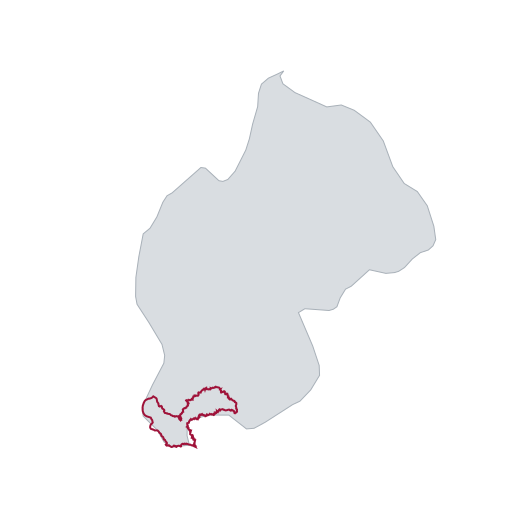 location of Rusizi, Western, Rwanda, rotated 332°
{"feature_id": "39286606B89224673348511", "entity_name": "Rusizi", "entity_type": "district", "adm_level": 2, "iso_a3": "RWA", "parent_name": "Rwanda", "parent_adm1": "Western", "projection": "orthographic", "projection_center": [29.077, -2.558], "detail": "fine", "context": "in_parent", "style": "outline", "palette": "rose", "viewbox_px": 512, "rotation_deg": 332, "n_neighbors": 0, "source": "geoboundaries", "source_scale": "gbopen_adm2", "svg_char_len": 7105}
<svg xmlns="http://www.w3.org/2000/svg" viewBox="0 0 512 512"><g transform="rotate(332 256 256)"><path d="M205.8,161.0L211.5,160.9L248.9,152.0L252.6,154.7L258.6,172.1L261.8,174.6L267.0,175.2L277.4,171.3L296.7,157.7L305.1,149.5L315.0,137.9L327.6,124.9L334.6,113.5L341.5,106.8L350.5,104.8L360.5,105.4L367.4,105.6L361.7,108.3L360.6,116.6L367.1,130.0L388.5,157.6L402.2,162.7L411.1,173.4L419.8,191.5L422.4,214.2L418.7,241.4L420.9,261.6L428.7,274.9L430.8,292.1L427.0,313.2L422.4,325.9L417.1,330.1L411.0,331.6L402.7,330.2L392.7,332.0L381.7,335.9L374.8,336.5L370.6,335.7L362.5,332.3L349.7,321.4L325.9,327.4L319.5,327.3L310.7,332.5L303.6,338.8L299.3,339.3L294.9,338.4L274.4,325.5L266.9,325.9L263.8,362.2L260.4,382.3L256.1,391.2L241.5,399.9L226.7,404.8L218.6,404.4L186.1,407.1L173.4,407.2L166.4,404.2L157.3,383.7L140.1,374.5L123.5,370.3L116.8,371.4L110.8,382.2L108.4,391.8L92.3,385.2L87.5,377.1L87.1,363.3L81.2,344.4L84.5,336.4L90.8,331.2L104.1,321.2L124.3,307.4L128.7,300.9L131.5,289.9L130.2,264.4L128.3,242.8L130.7,235.2L139.9,218.5L152.3,201.5L166.8,183.5L175.5,181.7L186.9,174.9L199.0,164.8L205.8,161.0Z" fill="#d9dde1" stroke="#a8b0b8" stroke-width="1"/><path d="M165.7,366.8L165.4,366.3L165.5,366.0L165.9,365.0L165.5,364.7L165.9,364.0L165.6,363.7L164.3,363.8L164.0,363.6L164.0,363.4L164.4,363.0L164.2,362.1L164.8,361.2L164.6,360.6L163.8,360.3L163.4,360.5L162.8,360.5L162.3,360.0L161.4,360.3L161.1,360.2L161.1,359.8L161.7,358.7L162.0,358.2L161.8,356.9L162.0,356.8L161.5,356.7L161.8,356.1L161.7,355.0L161.1,354.4L160.8,354.3L160.4,353.8L159.7,353.4L159.3,353.1L159.1,352.5L158.0,352.5L157.8,352.8L156.5,352.5L155.9,351.9L154.9,352.0L154.3,351.8L154.0,351.4L153.8,351.9L153.1,352.3L152.7,351.9L152.4,351.9L152.1,351.5L151.8,351.6L151.2,351.4L149.9,350.0L150.0,349.7L149.6,349.9L149.5,349.4L149.0,349.7L148.8,349.4L148.3,349.9L148.4,349.4L148.0,349.2L147.8,349.3L147.6,348.9L147.3,349.1L147.0,349.0L146.8,349.3L145.6,349.2L144.7,349.5L143.8,349.9L143.1,350.6L142.8,350.4L142.5,350.4L141.6,349.8L141.4,349.5L141.1,349.5L140.6,350.0L140.2,351.6L139.1,352.1L138.8,351.8L138.2,351.7L137.4,350.9L136.8,350.6L136.6,350.9L136.1,350.3L135.9,350.5L135.8,350.3L135.8,350.7L135.6,350.8L134.7,350.6L134.3,351.3L133.6,351.7L133.3,352.2L132.4,351.9L132.1,352.3L132.2,352.9L130.8,352.3L130.4,352.5L129.8,352.3L129.5,351.8L128.8,351.2L128.0,351.6L127.3,351.2L126.7,350.5L126.5,349.9L126.4,350.7L126.8,351.7L126.8,352.5L127.3,353.0L127.4,353.6L127.0,353.9L127.1,354.6L126.2,354.6L125.8,356.0L125.3,356.3L124.1,356.3L123.3,357.2L122.4,357.0L122.0,357.1L121.8,356.8L121.0,356.7L120.3,357.0L119.9,356.9L119.6,357.1L119.8,357.3L119.3,357.6L119.1,358.1L118.8,358.5L118.6,359.3L118.2,359.2L117.8,359.5L117.5,359.5L117.2,359.8L116.9,359.7L116.4,360.2L116.0,360.4L115.2,360.2L114.7,360.8L114.3,360.8L114.0,361.3L113.7,361.3L113.7,361.5L113.4,361.5L113.9,362.4L113.5,363.1L113.5,363.5L113.8,363.9L113.7,364.5L113.4,364.6L113.3,364.9L112.8,365.0L112.8,365.3L112.6,365.2L112.6,365.5L112.4,365.6L112.4,365.3L111.9,364.9L111.7,364.0L112.0,363.4L111.8,362.9L112.1,361.7L112.1,361.2L111.8,361.0L111.9,360.9L111.2,360.7L110.5,360.0L108.9,359.8L108.7,359.5L108.8,359.1L107.4,358.3L107.1,357.5L106.7,357.2L106.1,356.5L106.0,356.1L106.0,355.7L105.5,354.9L104.1,354.0L103.8,353.3L103.3,353.2L102.7,352.3L102.0,352.0L101.8,351.7L101.8,349.8L102.5,349.4L102.7,348.8L102.5,348.1L101.6,346.6L102.2,344.6L101.8,343.8L100.4,343.8L99.8,343.0L100.1,342.4L100.0,341.7L100.6,340.4L100.3,338.3L101.2,335.5L101.2,335.0L101.0,334.4L99.4,331.7L98.3,332.1L97.1,332.3L95.0,332.0L94.6,331.6L93.8,331.5L90.9,331.4L89.8,331.7L88.0,332.9L85.7,335.1L84.4,337.1L84.2,337.9L83.9,338.1L83.2,339.7L82.8,342.3L83.1,344.3L84.1,346.1L87.2,349.3L87.1,351.0L87.3,352.1L86.6,354.6L85.1,355.2L84.1,355.3L82.7,356.6L82.0,357.8L82.0,358.9L82.2,359.6L83.3,360.4L83.5,360.9L84.0,361.2L84.7,362.5L86.9,363.6L87.3,364.1L87.7,365.5L87.7,366.6L88.5,368.3L88.4,369.4L88.1,370.0L88.2,370.9L88.6,371.4L89.0,372.4L88.8,373.4L88.6,373.8L88.8,374.1L88.6,374.8L88.7,375.1L89.0,375.2L89.3,375.7L89.2,377.5L89.5,378.1L89.6,378.9L89.5,379.4L89.2,379.7L87.8,380.1L87.8,380.6L88.1,381.5L88.5,381.7L89.2,381.8L89.5,382.2L89.8,382.1L90.3,382.3L90.4,382.9L91.6,384.9L92.6,385.2L94.0,385.1L94.4,385.4L94.6,385.0L95.0,385.2L95.6,385.9L95.5,386.5L96.1,387.1L96.4,386.8L96.8,386.7L97.0,386.9L97.3,386.8L98.9,387.3L100.1,388.9L100.5,388.9L100.9,388.0L101.5,387.5L102.5,387.3L103.0,387.3L103.9,388.3L104.4,388.0L105.1,388.2L105.4,388.8L106.1,389.2L106.6,389.1L108.6,391.3L109.6,391.8L110.0,392.7L111.5,394.1L111.9,394.2L112.0,394.9L112.9,396.1L112.9,395.2L113.2,395.1L113.0,394.4L113.3,394.6L113.1,393.4L113.3,393.2L113.1,393.0L113.3,392.8L113.2,392.7L113.4,392.5L113.5,392.8L113.7,392.7L114.0,391.9L114.4,391.7L114.9,391.0L115.8,390.0L115.5,389.8L115.3,389.6L115.5,389.3L114.8,389.1L114.5,388.7L115.0,388.2L114.6,387.4L114.8,387.1L115.4,387.2L115.4,386.5L114.1,386.2L114.4,385.8L114.7,385.8L114.9,386.0L115.7,385.5L115.9,384.5L115.7,384.2L115.3,384.3L114.9,384.2L114.5,383.5L114.2,383.2L114.0,383.3L114.4,383.0L114.2,382.3L114.7,381.6L115.0,380.9L115.4,380.8L115.4,380.2L115.6,380.4L116.0,380.2L116.6,379.6L116.2,379.4L116.2,378.9L115.3,378.0L115.4,377.5L115.2,376.3L115.4,376.2L115.2,376.0L115.3,375.7L115.0,375.8L115.0,375.1L115.3,374.6L115.1,374.4L116.0,374.2L116.2,373.4L116.0,372.8L116.4,372.4L116.7,371.4L118.5,371.7L119.0,370.9L119.9,370.4L120.0,370.2L121.2,369.7L121.7,369.9L122.0,369.6L122.4,370.5L123.0,370.3L123.6,370.5L124.6,370.2L124.8,370.5L125.2,370.4L125.5,370.6L126.0,370.5L125.9,370.9L126.2,370.8L126.3,371.1L126.6,371.2L126.8,371.6L127.4,371.7L127.3,372.3L127.8,372.4L128.0,372.8L129.3,371.8L129.9,372.0L130.1,371.8L130.4,371.7L130.0,370.8L130.4,370.4L130.9,370.4L131.0,370.1L131.6,370.2L131.8,369.6L132.0,369.6L132.0,370.3L132.3,370.3L132.4,370.1L133.0,370.5L133.5,370.2L134.1,370.2L134.0,371.1L135.1,371.6L135.1,372.1L135.6,372.3L136.0,372.8L136.0,373.7L136.4,373.8L136.5,373.6L137.5,373.5L137.7,373.1L138.3,372.8L138.5,373.3L138.0,373.6L138.1,373.8L138.5,373.7L139.1,374.1L139.8,374.0L140.0,374.1L140.7,374.0L141.1,373.7L141.9,374.8L142.2,375.0L142.7,374.8L143.2,375.5L143.8,375.6L143.8,376.4L144.0,376.6L144.6,376.4L144.6,376.0L145.0,375.8L145.1,375.5L145.5,375.7L145.8,376.0L146.2,376.0L146.7,375.8L146.7,375.3L147.3,375.8L147.5,375.6L147.5,375.3L148.2,375.0L148.5,375.4L148.7,374.8L148.9,375.5L149.4,375.7L150.0,375.0L150.9,374.6L151.4,374.3L151.8,374.3L151.8,374.5L152.2,374.9L152.1,375.3L152.5,375.1L153.1,375.2L154.7,375.6L155.1,376.5L155.5,376.6L156.1,377.5L156.7,378.1L158.0,378.5L159.4,378.7L160.4,379.2L160.5,379.9L161.2,380.8L161.5,380.7L161.7,380.3L162.3,380.3L163.5,382.0L163.3,382.5L163.9,383.0L163.8,383.6L163.9,383.8L163.3,384.3L163.3,384.9L163.0,385.1L162.8,385.3L163.9,384.8L164.6,384.9L165.6,384.8L166.3,384.3L166.7,383.2L167.2,382.5L166.8,381.5L167.5,380.4L167.7,378.9L169.1,377.6L169.6,376.5L169.2,375.6L168.8,375.2L169.0,374.5L168.6,374.1L168.7,373.6L167.5,372.4L167.0,370.3L166.5,370.2L165.6,370.5L165.2,369.8L165.2,369.4L165.6,369.0L165.6,368.5L165.5,368.3L165.0,368.2L164.7,367.8L165.2,367.0L165.7,366.8Z" fill="none" stroke="#9f1239" stroke-width="2"/></g></svg>